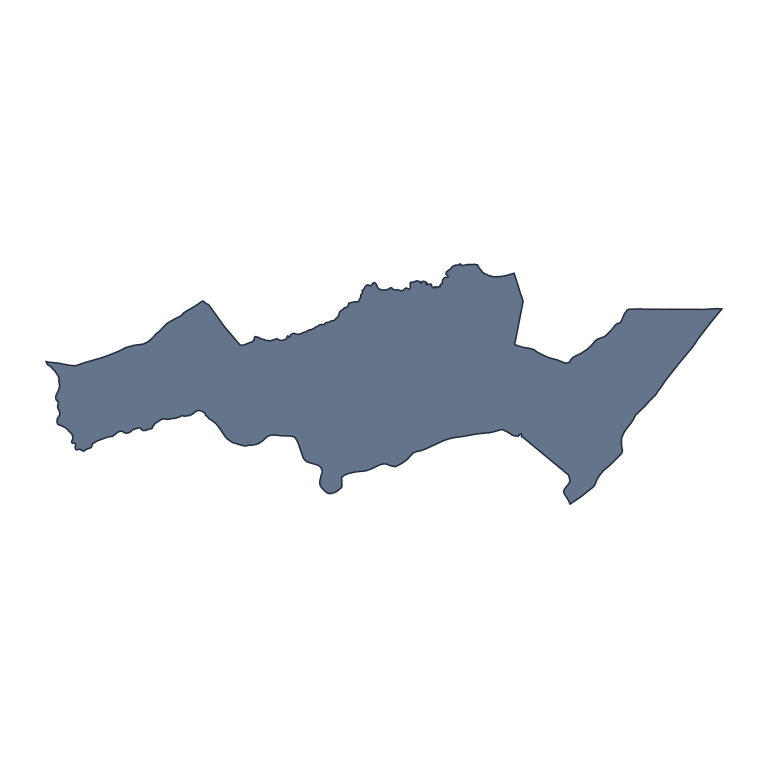 outline of Inharrime, Inhambane, Mozambique
{"feature_id": "85939544B69817996790019", "entity_name": "Inharrime", "entity_type": "district", "adm_level": 2, "iso_a3": "MOZ", "parent_name": "Mozambique", "parent_adm1": "Inhambane", "projection": "albers", "projection_center": [34.702, -24.408], "detail": "fine", "context": "isolated", "style": "filled", "palette": "slate", "viewbox_px": 768, "rotation_deg": 0, "n_neighbors": 0, "source": "geoboundaries", "source_scale": "gbopen_adm2", "svg_char_len": 6067}
<svg xmlns="http://www.w3.org/2000/svg" viewBox="0 0 768 768"><path d="M477.5,264.7L476.2,264.9L474.8,264.2L472.9,264.5L467.5,264.5L463.0,265.5L461.6,265.3L460.8,264.1L459.8,263.9L458.9,265.0L455.8,265.1L452.9,266.1L450.0,269.3L446.5,271.9L446.0,273.0L446.0,274.4L447.6,275.5L448.0,276.6L447.7,277.3L446.7,277.6L445.6,277.2L444.6,277.6L442.7,279.7L442.2,283.0L441.9,283.6L440.4,284.6L440.0,285.5L440.3,286.0L440.2,286.7L439.2,287.0L437.5,286.7L436.7,287.0L436.1,288.0L435.8,287.8L435.7,287.2L435.0,286.7L434.2,287.0L433.4,287.8L432.6,287.4L431.6,286.3L431.6,285.1L431.2,284.2L430.6,284.0L429.6,284.3L427.9,284.2L427.3,284.7L426.6,284.8L426.3,284.4L426.3,283.9L426.9,283.2L426.7,282.5L425.5,282.1L424.9,281.5L422.5,281.3L421.8,282.0L421.5,282.8L420.8,283.1L420.0,281.5L418.9,281.5L417.4,280.8L416.1,281.0L413.2,282.2L411.5,282.1L410.6,282.4L410.1,283.4L410.3,287.4L409.9,288.7L408.8,289.2L406.3,287.9L405.4,288.3L402.6,290.6L401.1,290.8L397.7,289.7L395.4,290.0L393.7,289.6L391.6,287.8L390.2,287.9L387.1,289.8L382.1,290.0L380.5,289.5L379.3,289.1L378.1,288.0L377.4,287.1L376.7,285.0L375.9,283.7L374.8,282.7L373.5,282.8L372.6,283.5L371.2,285.9L370.2,285.9L368.7,285.0L367.8,284.8L367.0,285.0L365.4,286.2L363.9,289.1L362.3,290.4L362.4,292.2L362.1,293.2L361.7,294.1L360.7,295.0L360.6,297.7L359.4,299.4L358.7,301.3L358.1,301.8L354.8,301.8L350.4,302.7L348.7,303.3L347.9,306.2L346.6,307.3L344.3,307.8L342.6,309.8L341.3,310.3L340.1,311.4L339.4,312.6L338.6,315.5L337.5,317.1L335.4,319.1L334.8,320.0L333.8,320.6L331.3,320.9L328.7,322.3L326.6,322.4L325.6,322.9L324.5,324.0L323.5,324.7L321.3,324.4L320.0,324.6L317.5,326.4L315.7,327.0L314.2,328.2L311.0,329.7L309.2,329.9L307.9,330.4L305.8,332.0L303.8,332.3L300.6,333.9L297.2,334.4L294.1,333.3L293.2,333.4L291.1,334.4L290.5,334.9L289.7,336.8L288.9,336.9L287.9,335.9L287.4,336.2L287.0,337.0L286.8,338.5L283.6,340.1L280.7,340.5L279.3,340.1L277.3,338.8L276.3,338.7L274.3,339.7L272.3,340.0L271.5,340.6L270.1,340.9L267.5,340.4L266.2,340.5L263.9,339.4L261.0,338.9L258.5,337.3L257.5,337.3L256.0,336.6L255.2,336.6L254.4,337.5L253.7,340.5L252.2,341.7L244.0,344.9L242.2,345.2L240.1,345.0L224.8,327.1L208.6,304.6L205.5,303.3L205.0,302.5L203.6,301.2L202.8,301.1L201.3,301.7L198.5,303.8L189.5,309.4L186.1,311.1L185.9,311.5L183.8,312.7L182.0,314.9L180.0,316.4L174.5,319.0L167.3,323.2L164.2,326.1L159.9,330.8L155.9,334.0L153.5,336.9L149.6,340.5L147.4,342.1L143.1,344.1L133.9,345.3L125.3,347.7L121.1,350.1L114.3,353.0L106.0,356.2L99.4,358.4L84.9,362.5L76.2,365.6L72.5,365.6L68.2,365.1L57.7,363.0L48.9,362.2L46.1,361.6L47.2,364.3L47.8,364.9L50.1,366.1L54.8,371.0L58.8,377.1L59.0,378.3L58.8,380.9L59.5,383.8L59.5,386.9L58.2,390.9L55.9,395.6L55.7,397.7L56.1,399.8L56.6,400.5L58.0,401.5L58.4,402.8L57.7,405.6L57.6,407.2L58.0,408.5L59.4,411.4L59.8,413.4L59.7,414.8L57.2,419.1L57.0,421.3L57.1,422.5L57.6,424.0L59.2,425.1L62.1,426.0L66.5,428.4L68.9,431.3L71.1,433.1L72.2,435.0L73.0,437.5L73.0,438.4L71.6,441.4L71.6,442.4L72.3,443.1L75.0,443.4L75.6,444.1L75.9,444.8L75.1,446.4L75.1,447.5L75.7,449.6L77.1,449.8L79.8,449.2L80.9,449.7L81.5,450.4L82.5,450.8L84.0,451.0L85.0,450.6L86.1,449.3L90.2,448.0L91.1,447.5L91.8,446.5L92.3,444.1L94.2,442.6L98.6,440.4L107.7,437.1L112.8,436.3L113.8,435.1L114.8,434.9L117.0,432.7L119.2,431.5L121.9,431.2L124.5,432.7L125.8,433.2L127.7,433.1L129.8,432.3L133.4,429.4L135.8,428.9L137.5,428.1L139.0,427.9L140.1,428.1L141.8,429.8L142.9,430.5L145.8,430.5L148.4,429.2L151.9,428.6L152.6,427.5L152.6,426.4L153.9,425.2L154.7,423.9L155.7,423.0L157.6,422.1L158.8,421.1L161.9,419.2L165.5,418.9L166.9,419.4L170.1,419.1L171.8,418.5L175.1,418.4L180.4,416.6L181.4,415.8L182.8,415.7L183.9,416.2L185.3,416.2L186.8,415.8L189.0,415.7L190.2,415.4L193.2,413.6L195.0,412.1L197.1,410.8L198.6,410.5L200.8,410.8L203.4,412.1L205.3,413.8L205.5,415.2L207.1,416.4L209.3,419.0L212.4,420.8L216.3,424.0L219.7,428.5L225.5,437.1L227.1,438.8L232.1,442.4L243.0,445.7L245.6,446.0L248.1,445.4L253.0,445.0L257.1,444.1L259.6,443.0L263.0,440.6L266.7,437.0L270.4,435.2L276.5,435.1L280.5,435.8L289.5,436.0L293.2,436.6L294.6,437.2L295.2,437.7L297.7,442.0L302.9,457.0L303.3,458.1L304.3,459.4L306.5,461.5L308.8,462.5L317.4,465.0L319.7,466.3L320.8,467.5L322.2,470.4L322.2,472.7L321.3,474.5L319.8,481.1L319.7,483.1L320.3,485.7L321.5,487.6L324.9,491.1L327.0,492.8L328.7,493.5L331.1,493.6L335.7,492.1L337.3,491.0L341.1,487.9L341.7,487.1L342.0,485.4L341.6,478.3L342.0,477.2L343.3,475.8L347.9,473.7L355.1,472.0L366.1,470.8L372.0,468.6L379.2,465.1L382.9,464.0L385.1,463.9L387.1,464.3L391.1,465.9L395.2,466.7L401.1,463.8L405.3,461.0L407.6,459.1L412.2,454.0L413.9,452.5L416.5,451.6L420.2,450.9L425.8,448.9L443.9,440.5L448.9,438.9L454.9,437.5L462.8,436.5L475.8,434.1L487.4,432.8L488.7,432.9L494.9,431.5L501.3,429.6L502.7,429.7L508.6,432.6L512.1,435.1L514.1,435.8L518.3,436.2L519.0,435.5L519.4,434.6L520.0,434.0L521.5,433.8L521.7,434.4L521.3,436.0L521.5,436.7L522.1,436.6L568.6,475.1L569.7,479.4L569.8,481.8L567.7,485.2L567.2,485.5L564.6,489.0L563.6,491.1L563.5,491.9L565.1,495.2L568.4,500.3L570.1,504.1L580.8,496.9L593.7,486.6L594.7,485.2L597.6,478.4L599.9,474.9L603.6,470.5L608.9,466.2L621.6,453.6L622.5,450.8L621.5,444.8L621.5,439.0L622.0,437.2L624.2,432.2L626.0,429.5L631.1,423.0L633.6,419.1L635.4,415.4L644.4,406.7L648.5,402.2L648.7,401.7L654.5,396.2L656.4,393.9L658.3,390.7L660.5,388.1L665.2,380.9L679.1,363.3L691.9,348.0L695.7,342.8L697.7,339.4L709.9,323.6L721.9,308.9L717.1,308.6L703.7,309.4L643.3,309.2L641.3,308.9L629.4,309.2L628.3,309.4L626.9,310.1L626.1,311.7L624.5,313.7L620.6,322.4L620.2,322.8L617.7,323.4L615.4,324.9L611.6,329.8L605.7,335.7L604.5,336.6L597.8,339.0L595.0,341.1L591.1,345.8L586.9,349.5L580.9,353.4L575.6,355.9L573.2,357.4L572.0,358.4L570.7,359.9L569.3,362.2L567.5,362.9L565.1,363.0L557.3,359.9L549.8,358.0L546.4,356.7L537.6,352.3L533.7,349.5L529.2,348.3L523.0,347.3L516.6,345.3L514.8,344.4L514.6,342.8L515.1,342.5L523.1,301.6L522.2,298.0L520.3,293.1L518.6,287.1L514.1,273.2L507.6,275.2L501.8,276.4L495.7,276.8L492.8,276.6L488.8,275.5L485.9,274.3L482.9,272.6L479.3,268.0L478.1,266.2L477.5,264.7Z" fill="#64748b" stroke="#1e293b" stroke-width="1.5"/></svg>